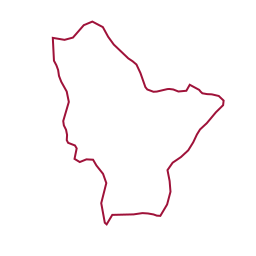 SVG path tracing the border of Bitlis, rotated 280°
{"feature_id": "TUR-2311", "entity_name": "Bitlis", "entity_type": "Province", "adm_level": 1, "iso_a3": "TUR", "parent_name": "Turkey", "parent_adm1": "", "projection": "mercator", "projection_center": [42.405, 38.524], "detail": "fine", "context": "isolated", "style": "outline", "palette": "rose", "viewbox_px": 256, "rotation_deg": 280, "n_neighbors": 0, "source": "natural_earth", "source_scale": "10m", "svg_char_len": 1016}
<svg xmlns="http://www.w3.org/2000/svg" viewBox="0 0 256 256"><g transform="rotate(280 128 128)"><path d="M143.4,65.2L153.3,61.3L162.0,54.2L167.3,51.0L173.0,49.1L177.3,46.6L181.4,43.4L203.7,38.3L203.8,50.2L207.5,58.1L221.6,66.6L226.6,74.4L223.0,85.7L214.4,92.6L207.7,99.5L196.6,116.2L194.5,121.0L192.0,125.3L184.3,130.7L171.3,138.0L169.3,140.3L168.1,146.8L168.9,150.1L173.1,159.9L173.6,161.8L173.8,165.9L172.7,171.3L174.8,179.0L181.3,181.3L177.9,191.5L176.4,193.2L175.1,195.2L175.1,200.0L175.7,204.7L175.3,211.8L171.6,217.4L167.0,217.7L158.7,211.8L146.5,204.8L139.1,199.2L133.6,197.0L125.2,194.7L116.5,191.2L108.6,185.2L101.6,178.0L93.4,174.2L83.0,178.2L72.6,180.9L59.5,179.8L47.1,175.1L46.7,171.6L47.3,168.2L47.3,162.5L46.7,157.0L43.9,148.5L39.7,127.6L29.4,123.7L30.7,121.6L49.3,114.7L70.0,116.2L78.5,111.4L85.6,103.4L90.7,99.1L89.9,92.5L86.1,86.4L88.3,80.7L99.0,81.0L101.6,78.8L103.0,71.6L105.4,69.8L110.6,69.2L115.5,67.3L119.4,64.4L123.6,63.0L143.4,65.2Z" fill="none" stroke="#9f1239" stroke-width="2"/></g></svg>